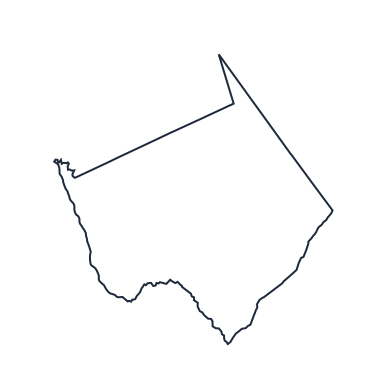 outline of Aldeias Altas, Maranhão, Brazil, rotated 13°
{"feature_id": "56859067B78587835944607", "entity_name": "Aldeias Altas", "entity_type": "district", "adm_level": 2, "iso_a3": "BRA", "parent_name": "Brazil", "parent_adm1": "Maranhão", "projection": "equal_earth", "projection_center": [-43.461, -4.47], "detail": "fine", "context": "isolated", "style": "outline", "palette": "slate", "viewbox_px": 384, "rotation_deg": 13, "n_neighbors": 0, "source": "geoboundaries", "source_scale": "gbopen_adm2", "svg_char_len": 2458}
<svg xmlns="http://www.w3.org/2000/svg" viewBox="0 0 384 384"><g transform="rotate(13 192 192)"><path d="M187.1,51.9L212.7,96.5L191.9,112.7L188.0,115.8L157.0,139.7L150.2,145.1L137.8,154.9L132.7,158.9L114.0,173.6L103.9,181.7L74.8,204.5L73.4,204.0L72.0,203.2L71.5,201.5L72.4,197.4L70.0,198.2L67.7,197.6L66.2,198.2L65.1,195.0L65.6,192.0L64.3,191.1L63.2,192.2L60.3,192.4L58.7,193.8L57.1,190.2L55.9,192.9L54.6,192.7L53.7,190.9L51.7,191.2L50.9,193.4L53.2,194.3L55.3,195.1L57.3,198.3L59.0,204.2L61.6,206.5L63.6,209.4L64.3,211.4L66.1,214.3L67.8,216.8L69.1,218.2L70.5,219.3L71.5,221.2L72.3,222.3L73.4,223.9L74.4,226.1L75.6,227.4L76.9,228.4L78.1,229.1L80.1,231.0L80.9,233.4L81.2,235.1L81.7,236.7L83.2,239.0L84.2,240.1L85.5,240.6L87.0,241.5L88.4,243.6L88.8,245.3L89.3,247.0L90.6,248.7L92.1,249.8L93.2,251.2L94.9,252.6L96.1,253.9L97.7,255.8L98.7,258.7L100.2,261.3L101.0,263.7L102.6,266.0L104.1,268.3L105.6,271.0L106.8,273.0L106.8,274.9L107.0,277.4L107.6,280.0L108.2,282.1L109.5,285.1L110.6,286.2L112.4,286.9L114.9,288.0L116.9,290.0L118.8,292.5L120.2,294.9L120.6,297.5L121.6,299.4L124.1,301.0L127.3,302.7L129.9,305.7L132.8,308.1L134.7,309.1L137.0,309.3L140.0,309.6L142.5,311.1L144.0,311.1L148.0,309.9L149.7,310.9L152.3,312.2L153.9,313.1L155.2,312.2L157.4,312.5L158.0,310.3L159.6,309.9L160.8,309.1L161.5,306.0L163.9,301.4L164.6,297.2L165.5,295.1L166.3,292.7L168.1,293.2L169.4,290.8L172.7,289.8L175.4,292.3L177.5,291.4L177.9,288.6L179.9,288.7L181.0,287.1L184.3,287.2L187.7,287.3L190.5,282.4L192.8,283.5L196.2,284.5L198.2,282.8L201.8,285.2L203.1,285.5L203.8,286.8L213.8,291.3L215.3,293.8L217.7,294.2L218.2,297.0L222.5,298.6L223.3,302.5L224.2,303.5L226.4,306.3L229.3,307.1L231.1,309.0L236.2,311.8L239.2,311.4L241.1,313.4L242.3,318.2L245.8,319.4L248.8,318.9L251.8,321.1L253.4,324.0L255.5,324.6L256.3,327.7L257.4,329.5L259.5,330.4L261.0,332.1L263.1,329.7L264.9,324.2L266.6,320.1L269.6,316.5L271.3,314.1L274.9,312.6L276.9,309.6L278.7,308.4L280.1,298.0L280.5,295.7L280.8,292.8L281.6,290.0L280.6,286.6L281.3,284.4L281.9,282.3L283.9,279.8L286.0,278.0L300.6,260.5L301.3,258.6L308.6,248.5L311.4,244.4L312.0,237.1L313.2,231.5L315.2,230.3L316.3,223.3L317.0,216.2L316.5,214.4L319.1,209.6L319.8,207.7L321.2,205.3L322.0,203.1L322.9,198.8L323.9,196.9L325.2,195.6L326.0,194.2L326.7,192.0L329.3,188.8L329.7,186.7L330.6,185.2L332.4,181.6L333.1,178.3L314.1,162.2L290.0,141.5L280.8,133.6L279.4,132.6L277.6,131.0L249.4,106.3L187.1,51.9Z" fill="none" stroke="#1e293b" stroke-width="2"/></g></svg>